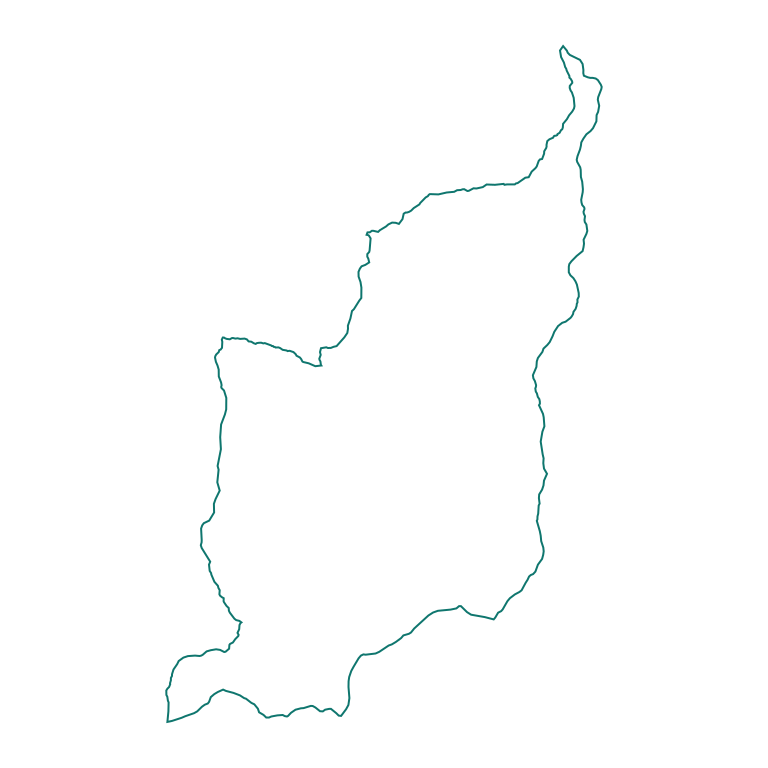 San Andres, Santander, Colombia
{"feature_id": "7082276B75559195453078", "entity_name": "San Andres", "entity_type": "district", "adm_level": 2, "iso_a3": "COL", "parent_name": "Colombia", "parent_adm1": "Santander", "projection": "albers", "projection_center": [-72.825, 6.82], "detail": "fine", "context": "isolated", "style": "outline", "palette": "teal", "viewbox_px": 768, "rotation_deg": 0, "n_neighbors": 0, "source": "geoboundaries", "source_scale": "gbopen_adm2", "svg_char_len": 6092}
<svg xmlns="http://www.w3.org/2000/svg" viewBox="0 0 768 768"><path d="M167.4,721.9L172.1,720.9L181.6,717.8L185.3,716.2L194.0,713.2L197.2,711.4L202.0,706.7L204.8,704.7L207.8,703.5L209.1,701.8L210.8,697.1L214.3,694.1L217.8,692.0L223.1,689.6L225.9,690.9L233.5,692.9L240.0,695.4L244.1,698.1L246.0,698.7L251.4,702.9L254.3,704.3L257.9,708.7L259.1,712.3L263.5,714.9L266.2,717.5L269.1,717.5L271.3,716.5L277.3,715.4L282.7,715.0L284.8,716.1L287.0,716.5L288.1,715.9L291.0,712.8L295.5,709.7L300.9,708.3L303.6,708.1L310.8,705.9L312.7,706.0L315.4,707.5L320.0,711.2L322.8,711.4L325.1,709.7L329.0,708.9L331.0,708.9L336.3,713.2L338.7,715.6L341.1,715.9L346.1,709.2L348.4,705.0L349.4,698.1L348.5,687.0L348.6,681.2L349.2,677.0L351.3,670.9L353.6,666.7L358.6,658.3L360.9,655.6L363.4,654.4L365.6,654.7L375.6,653.5L379.3,651.8L388.7,645.5L391.8,644.4L395.8,642.0L401.1,638.1L403.4,635.4L408.9,633.8L411.0,632.5L414.2,628.5L428.4,615.5L433.1,612.5L437.9,610.8L450.6,609.6L456.4,608.4L459.1,606.1L460.9,606.1L467.0,612.1L471.1,614.7L484.8,617.1L493.7,619.4L495.3,617.5L498.1,612.7L501.2,611.1L502.7,609.4L507.4,601.2L509.9,598.2L514.9,594.4L519.4,592.0L521.6,590.3L525.7,582.7L527.5,579.9L529.1,576.5L530.8,575.0L533.1,574.1L535.4,571.6L537.9,564.7L542.1,558.9L543.2,554.8L543.7,551.3L543.3,547.6L541.2,541.1L540.7,535.7L539.8,531.1L536.8,520.8L537.4,519.5L537.5,516.4L538.2,513.6L538.7,505.5L539.6,503.6L538.9,498.1L539.2,494.4L542.1,489.6L543.5,485.4L544.0,480.6L547.0,473.8L544.0,468.6L543.3,463.2L543.6,458.3L542.7,454.5L540.7,441.6L542.4,431.7L544.4,426.3L543.7,417.3L543.0,413.9L539.0,405.2L539.9,403.7L539.8,401.3L539.3,399.1L537.8,396.9L536.9,393.4L535.8,391.6L535.3,388.4L535.9,386.9L536.1,385.2L534.9,381.1L533.4,378.4L532.9,375.2L536.4,367.0L536.8,361.4L537.9,358.0L542.4,351.9L543.5,348.6L547.3,345.0L549.7,342.1L552.5,336.4L554.3,331.8L558.1,326.0L562.2,322.8L565.6,321.7L570.6,317.8L571.7,316.4L573.0,314.2L573.5,311.8L575.6,308.9L576.6,305.9L576.8,303.8L577.5,302.4L577.4,299.5L578.8,296.6L578.7,293.0L576.9,284.6L575.5,281.4L573.4,278.1L570.4,275.3L568.8,272.3L568.8,266.7L569.3,264.1L571.4,261.3L576.6,256.0L582.6,251.1L583.5,247.3L584.0,243.7L583.6,239.7L586.4,233.9L587.3,230.9L586.4,224.5L584.8,222.0L584.5,219.9L585.0,216.2L583.8,213.6L583.5,211.8L584.5,208.9L584.2,207.4L582.2,205.0L581.5,202.5L581.2,199.8L582.7,192.2L582.9,189.2L582.2,181.7L580.9,177.0L580.7,169.8L580.2,167.3L577.2,161.9L576.7,159.8L577.5,156.2L580.0,149.5L580.9,145.7L581.3,142.4L583.4,138.6L586.4,134.3L590.5,131.1L593.0,128.2L596.4,121.3L596.6,115.1L598.1,111.9L599.2,105.8L597.8,99.7L598.2,97.1L601.3,89.1L601.7,86.9L600.8,84.6L597.9,80.1L595.7,78.5L592.8,77.9L590.3,77.9L587.8,77.3L583.9,75.7L583.3,73.2L583.4,70.0L582.6,64.0L580.0,59.9L569.8,54.9L567.7,52.7L566.9,50.7L563.1,46.1L560.0,50.5L561.1,57.1L563.9,62.5L565.2,67.1L566.2,68.7L566.7,70.6L569.4,76.0L569.4,77.6L570.8,79.0L572.1,81.3L572.3,82.8L569.8,85.9L569.7,87.9L570.6,90.5L571.9,92.4L573.7,97.8L574.5,106.1L574.0,108.5L572.2,111.6L569.1,115.3L566.9,119.2L563.1,123.8L562.8,127.6L562.2,129.3L561.0,130.2L559.6,132.8L557.5,134.1L557.2,135.1L555.9,135.7L554.5,135.8L553.8,136.3L553.1,137.7L549.4,139.3L547.3,141.1L546.5,145.0L546.6,146.4L546.2,148.0L544.2,151.3L544.1,153.7L542.1,159.0L540.0,159.4L538.7,160.9L536.7,166.5L535.4,168.2L531.7,171.6L528.7,177.2L525.3,177.7L517.6,183.1L516.0,183.4L514.8,184.4L507.0,184.4L504.4,184.8L503.7,183.9L495.0,184.8L486.6,184.5L482.8,187.1L476.4,188.5L473.5,188.3L468.8,190.8L467.4,191.0L464.2,189.2L462.6,189.3L460.7,190.0L457.1,190.2L454.2,191.8L446.7,192.5L438.4,194.4L429.9,194.1L428.8,194.8L427.8,196.2L425.7,197.4L420.2,203.0L419.4,204.4L413.7,208.1L411.2,210.6L409.0,211.9L407.1,212.5L405.6,212.5L403.7,213.7L402.5,219.1L398.9,223.9L395.7,222.8L392.1,222.6L388.4,224.4L386.0,226.5L380.0,230.1L378.1,231.9L373.3,230.8L371.9,230.8L369.8,232.3L367.5,232.4L366.6,234.8L368.1,235.1L368.9,235.6L370.6,238.4L369.6,250.4L369.2,252.0L367.3,254.1L367.3,256.7L368.3,258.6L369.2,262.4L365.3,264.9L361.6,266.3L359.9,268.6L358.5,271.9L358.6,276.6L360.5,282.0L361.4,287.6L361.3,298.0L359.3,300.6L353.9,309.2L352.0,311.0L350.4,318.5L347.9,325.7L348.0,328.8L347.3,333.0L344.3,337.4L336.6,346.1L333.6,346.8L330.9,347.9L327.9,348.0L326.3,347.3L321.0,348.2L320.0,352.1L320.7,354.9L319.3,358.7L319.5,359.8L320.4,361.4L320.9,364.9L321.3,365.5L315.3,366.2L308.7,363.3L303.2,362.0L302.4,361.5L301.2,359.1L299.9,357.5L296.5,355.7L295.8,354.3L293.5,352.1L289.6,350.8L287.5,351.1L286.7,350.5L282.6,349.8L280.2,348.1L278.5,347.4L275.5,347.5L274.8,346.9L273.6,346.8L272.9,346.0L271.8,346.0L271.1,345.4L264.8,343.1L263.3,343.4L261.1,342.7L258.8,342.8L256.9,343.1L255.7,343.9L253.9,343.3L251.3,341.7L248.6,341.4L246.9,339.4L244.6,338.6L240.1,338.9L237.6,338.3L235.4,338.6L232.9,338.0L231.9,338.1L229.8,339.3L226.7,338.9L225.1,338.3L223.9,337.5L222.8,337.5L221.8,339.7L222.3,341.8L222.0,347.8L220.6,349.6L219.3,350.1L218.7,352.1L216.2,354.5L215.3,356.2L215.0,357.5L215.9,361.8L217.5,365.5L218.7,369.6L218.8,376.5L221.1,382.5L221.6,385.2L221.2,387.0L221.6,388.1L224.0,390.5L226.3,397.9L226.2,409.4L224.9,414.5L221.1,424.5L220.2,437.2L220.9,449.2L217.6,466.0L218.6,469.7L217.3,482.3L219.7,490.6L215.6,499.0L213.9,503.8L214.1,512.5L209.2,520.6L203.8,523.2L202.2,525.4L201.1,528.6L201.7,540.1L201.6,542.4L200.8,545.2L201.7,548.0L210.2,561.7L209.0,564.6L209.7,570.9L211.1,573.1L211.3,574.5L214.4,581.8L217.9,585.8L218.4,587.9L219.7,590.2L219.4,594.3L220.0,595.6L221.9,597.2L223.7,598.2L223.6,601.2L224.0,602.2L226.5,605.9L228.7,608.0L228.9,610.7L229.8,612.6L234.4,618.7L236.2,620.1L239.4,620.9L241.4,622.4L240.5,623.1L239.5,625.0L239.2,629.2L237.5,632.9L238.6,634.8L238.3,636.0L235.2,639.2L232.9,642.5L230.1,643.9L229.4,644.9L229.1,648.7L225.6,651.7L224.2,652.0L220.1,649.9L216.1,649.3L210.8,650.2L206.6,651.4L202.6,654.9L201.0,655.7L199.5,656.0L195.0,655.6L187.9,656.1L183.4,657.6L178.7,661.0L177.2,664.1L173.5,669.5L172.0,674.3L172.0,675.9L170.9,678.0L170.9,680.3L170.0,683.3L170.2,684.2L169.1,687.0L167.4,688.7L166.3,690.5L166.4,695.0L167.3,696.7L167.9,700.7L168.6,702.4L168.4,711.4L167.4,721.9Z" fill="none" stroke="#0f766e" stroke-width="2"/></svg>